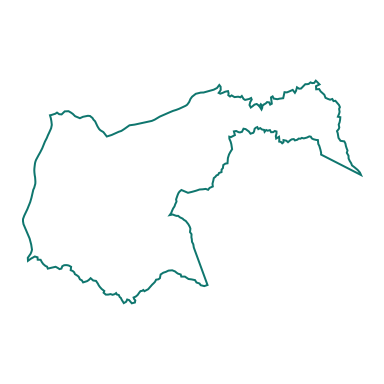 Porto Franco, Maranhão, Brazil (Robinson projection)
{"feature_id": "56859067B97891861760151", "entity_name": "Porto Franco", "entity_type": "district", "adm_level": 2, "iso_a3": "BRA", "parent_name": "Brazil", "parent_adm1": "Maranhão", "projection": "robinson", "projection_center": [-47.099, -6.384], "detail": "fine", "context": "isolated", "style": "outline", "palette": "teal", "viewbox_px": 384, "rotation_deg": 0, "n_neighbors": 0, "source": "geoboundaries", "source_scale": "gbopen_adm2", "svg_char_len": 4933}
<svg xmlns="http://www.w3.org/2000/svg" viewBox="0 0 384 384"><path d="M27.8,257.8L28.0,260.8L30.9,258.7L34.8,256.5L37.5,257.3L37.7,259.7L40.6,259.8L41.9,262.2L43.2,264.0L45.4,265.9L47.1,266.7L47.8,268.6L52.5,267.5L55.6,266.8L57.7,267.9L59.5,269.1L61.4,268.6L62.3,266.2L64.2,265.2L66.7,265.1L68.7,265.5L71.1,266.8L70.7,270.2L72.7,271.0L74.2,272.3L74.9,274.1L76.7,275.2L78.6,276.6L79.9,279.3L81.9,280.4L83.1,282.4L87.2,281.1L88.9,279.9L90.6,278.2L93.2,280.5L96.0,280.9L97.9,283.7L98.7,285.3L99.9,287.0L101.7,289.0L104.3,291.0L103.6,292.7L105.8,294.6L108.1,294.6L110.6,294.1L112.6,294.8L114.8,294.1L116.1,293.1L116.9,294.5L118.8,295.0L119.7,297.0L120.9,298.0L121.6,299.6L123.8,303.1L126.2,301.7L127.2,299.5L129.1,300.1L131.8,303.3L134.9,302.5L135.3,300.4L134.2,299.1L133.6,297.5L135.7,296.6L137.6,295.0L139.2,292.7L140.5,291.1L142.0,290.9L143.3,290.0L144.4,291.2L148.2,289.2L149.3,287.9L152.2,284.6L153.7,283.2L155.0,281.8L156.1,279.7L158.4,279.3L159.9,278.2L160.6,274.5L163.3,272.7L165.8,271.9L168.5,270.6L172.2,270.3L175.0,271.4L176.7,272.8L178.1,273.7L180.7,274.5L181.3,276.6L184.9,276.6L188.5,279.0L191.6,279.4L195.0,280.1L196.5,282.5L199.5,283.5L200.7,285.2L204.3,286.1L207.5,285.0L193.8,247.5L193.3,244.3L192.0,241.8L191.8,239.1L191.4,237.3L191.5,234.2L190.0,232.1L190.4,228.6L189.7,226.7L188.4,224.3L185.8,221.0L183.7,219.7L182.6,218.6L179.9,217.3L178.2,215.9L176.5,215.9L174.7,215.3L172.7,214.5L169.7,215.1L171.2,213.0L172.2,210.5L173.1,208.5L174.5,206.4L175.2,204.3L176.5,201.6L176.1,199.4L177.6,195.1L178.4,193.2L179.5,191.6L181.4,190.0L188.0,192.8L191.8,191.9L196.1,190.7L199.6,189.5L202.8,189.3L205.7,188.9L208.1,189.8L209.6,187.9L212.8,186.5L212.5,183.7L213.3,180.6L213.8,178.1L215.4,176.8L216.5,175.4L218.2,174.7L219.0,173.0L221.5,172.1L221.6,169.6L222.9,168.1L223.3,165.0L225.4,163.6L227.5,163.3L227.9,158.1L229.0,154.5L230.4,151.9L232.1,149.2L231.3,144.1L230.6,141.6L229.4,138.8L229.3,136.7L231.0,137.1L234.9,135.1L233.9,131.4L236.2,131.0L238.6,132.2L240.0,132.4L242.0,131.8L243.5,128.7L245.6,129.1L248.9,131.5L250.5,133.7L253.3,132.8L254.1,131.4L254.6,128.9L255.7,127.8L257.3,127.1L258.3,129.1L260.2,128.1L262.0,129.5L264.1,129.9L264.6,131.8L266.2,130.0L267.7,130.7L269.9,130.1L271.1,132.2L273.2,132.1L274.8,131.0L276.5,131.5L276.5,133.5L275.8,136.1L276.2,138.5L279.0,136.8L279.3,139.2L279.2,141.6L280.9,141.9L282.2,143.3L283.4,142.4L283.5,140.1L286.3,140.7L288.0,142.2L290.6,140.0L291.9,139.3L293.8,139.1L294.9,140.4L297.4,139.7L298.6,138.6L300.5,138.7L301.8,137.9L303.8,138.4L306.8,137.6L309.3,136.4L310.8,136.7L311.8,138.4L313.3,139.2L316.0,139.9L317.9,140.1L318.3,144.0L319.3,145.9L320.4,149.6L321.1,152.6L321.1,154.6L361.0,175.0L359.9,172.5L357.6,169.9L354.5,167.3L352.0,165.4L351.1,163.1L349.7,160.9L348.6,158.5L348.5,155.7L346.8,152.8L347.5,150.5L346.7,148.5L345.9,146.0L345.4,143.5L344.3,141.4L340.5,140.8L338.5,137.9L337.7,133.1L337.0,131.1L338.7,129.1L339.3,127.5L338.7,124.6L339.6,122.3L340.1,119.7L340.3,117.2L337.9,116.7L339.1,113.8L339.6,111.9L339.1,108.9L339.9,107.1L339.0,105.0L335.4,100.8L333.5,101.1L332.3,99.0L330.1,99.7L327.9,98.9L325.5,97.8L324.3,94.7L320.6,91.4L319.2,89.1L316.2,89.3L316.0,86.2L319.5,84.4L317.3,82.1L315.8,80.7L314.2,82.9L312.2,83.1L310.5,82.4L308.7,83.9L307.1,84.2L305.3,84.2L303.8,85.7L301.1,88.5L299.1,88.7L297.0,87.3L296.0,90.9L294.9,92.8L292.7,89.9L289.1,91.5L286.9,92.4L284.5,92.2L283.2,98.2L279.4,98.7L277.4,99.2L273.8,98.6L272.6,96.4L271.0,97.4L271.8,103.7L270.2,104.6L269.2,102.4L267.1,102.1L265.8,103.4L263.8,104.6L262.3,106.0L260.8,104.2L259.3,106.3L258.2,105.1L256.7,104.0L254.5,104.6L253.1,105.8L250.8,107.5L249.5,105.0L250.3,101.9L251.7,99.6L251.1,98.0L249.1,99.0L245.1,99.9L243.6,99.0L241.8,96.0L240.4,97.3L238.2,96.7L236.3,96.9L234.5,97.1L231.6,95.4L230.0,96.5L228.3,95.2L228.6,93.3L228.0,91.1L225.2,91.7L222.8,92.8L220.3,93.7L218.7,92.9L219.9,91.3L220.7,89.9L220.6,86.7L219.3,85.0L217.0,88.0L213.7,89.7L203.6,92.5L200.7,92.6L195.8,93.8L192.1,96.7L190.5,98.9L189.1,102.1L187.2,104.7L185.6,105.8L179.1,108.8L176.2,109.9L173.0,110.9L170.1,112.1L159.8,116.6L154.6,119.7L151.8,120.9L134.7,124.6L129.5,125.3L124.3,129.0L121.4,130.9L118.7,131.8L111.6,135.0L106.8,136.5L103.4,132.1L100.4,130.3L99.1,129.0L97.5,126.4L95.1,121.3L93.5,119.7L92.5,118.0L90.0,116.0L87.9,115.8L83.0,116.8L79.9,118.2L75.1,116.2L72.8,113.9L70.8,112.5L68.5,111.2L64.7,111.4L61.6,114.4L59.2,114.2L57.0,112.6L55.4,113.7L51.4,115.0L50.0,115.3L50.8,118.1L51.4,121.3L51.8,124.9L51.1,128.3L49.0,133.0L47.9,135.3L46.8,138.0L44.9,141.7L42.2,148.4L40.1,152.5L39.3,153.9L38.4,155.5L36.0,160.0L35.4,161.7L35.0,163.3L34.6,166.5L34.4,168.3L34.3,170.2L34.4,172.3L34.7,175.1L35.1,177.4L35.3,180.0L35.4,181.8L35.3,183.8L34.2,187.8L33.3,189.7L31.5,197.6L30.2,202.1L27.3,209.3L25.0,214.1L24.2,215.8L23.0,219.1L23.0,221.3L23.5,224.2L29.6,238.5L31.2,244.6L32.0,249.7L31.5,251.6L30.6,253.8L27.8,257.8ZM262.3,106.0L262.2,107.9L261.5,109.5L260.5,107.9L262.3,106.0Z" fill="none" stroke="#0f766e" stroke-width="2"/></svg>